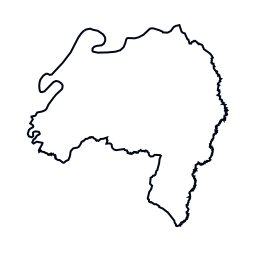 Warin Chamrap, Ubon Ratchathani, Thailand, rotated 354°
{"feature_id": "78962969B43112408779315", "entity_name": "Warin Chamrap", "entity_type": "district", "adm_level": 2, "iso_a3": "THA", "parent_name": "Thailand", "parent_adm1": "Ubon Ratchathani", "projection": "robinson", "projection_center": [104.887, 15.092], "detail": "fine", "context": "isolated", "style": "outline", "palette": "ink", "viewbox_px": 256, "rotation_deg": 354, "n_neighbors": 0, "source": "geoboundaries", "source_scale": "gbopen_adm2", "svg_char_len": 5924}
<svg xmlns="http://www.w3.org/2000/svg" viewBox="0 0 256 256"><g transform="rotate(354 128 128)"><path d="M208.6,163.8L209.2,162.6L208.8,161.9L209.8,160.6L209.6,159.9L209.9,159.4L209.4,158.7L210.3,158.0L209.8,156.2L208.6,156.0L208.9,155.0L208.1,154.9L207.9,156.0L207.3,155.3L207.9,153.9L207.8,152.6L208.6,152.4L209.1,150.3L210.0,149.5L209.9,148.9L210.6,148.2L210.9,148.5L211.9,146.9L212.2,144.1L212.8,144.0L212.8,143.2L214.8,142.7L214.7,141.0L215.4,141.9L216.0,141.6L216.4,139.9L215.4,139.5L215.8,137.9L216.3,137.5L216.2,137.1L215.5,137.2L215.5,135.6L216.2,135.0L216.7,135.5L217.3,134.7L218.4,134.6L218.4,133.9L219.2,132.8L219.9,132.9L220.1,131.5L220.6,131.8L221.2,131.4L221.1,130.7L221.7,130.3L221.6,129.7L222.6,129.4L223.6,129.9L223.9,129.6L224.2,130.2L224.4,129.3L224.8,129.2L225.5,129.7L225.7,128.3L224.7,128.3L225.3,125.8L227.1,125.6L226.9,124.5L227.9,124.6L227.7,123.6L226.8,123.0L226.8,122.3L228.3,121.2L226.3,120.8L226.5,120.3L226.9,120.5L227.5,119.9L228.0,120.4L228.2,120.0L227.0,119.0L227.7,118.4L226.4,118.1L226.7,115.7L227.3,115.1L225.4,114.4L225.6,113.6L224.9,113.7L225.7,113.0L223.9,111.5L224.5,110.3L223.9,109.5L222.3,109.0L223.0,106.1L220.6,104.7L221.8,104.0L222.9,102.0L222.8,100.2L222.0,100.6L221.2,99.8L222.4,95.4L223.1,95.0L221.9,94.0L222.2,93.1L224.7,91.2L224.2,90.2L225.6,88.9L224.8,88.7L224.3,85.1L223.1,85.4L223.3,84.1L221.8,82.5L222.1,81.6L222.5,81.4L222.2,80.8L221.3,80.7L219.5,77.8L219.6,75.9L220.4,75.8L219.7,74.6L219.8,73.0L218.6,72.9L218.6,72.3L217.7,71.7L218.1,71.0L218.1,70.0L218.7,69.2L218.3,67.6L219.7,67.0L218.4,64.0L217.0,62.2L211.7,57.5L211.4,56.0L210.9,55.3L210.9,54.1L210.2,53.0L208.2,52.0L207.3,52.1L207.2,51.4L206.3,51.3L205.4,49.7L203.8,48.3L202.9,48.7L202.4,48.3L201.6,49.0L200.3,49.3L200.0,50.0L199.3,50.2L199.3,50.6L198.0,50.4L197.3,46.4L196.3,45.8L194.4,39.9L192.1,38.7L191.3,37.7L189.9,31.0L186.2,31.5L184.0,32.4L180.7,36.0L177.5,37.3L172.7,36.6L172.4,35.8L169.5,34.1L164.0,31.7L161.8,31.3L160.1,31.6L153.1,36.9L148.1,38.9L144.1,39.5L137.4,38.5L136.5,38.7L135.5,39.7L134.1,43.5L132.0,47.2L128.5,49.8L123.6,50.8L115.5,50.7L105.8,49.9L101.4,48.5L100.7,47.5L101.1,45.2L102.8,43.7L105.3,43.1L110.4,43.0L112.8,41.6L114.4,38.9L114.7,36.9L114.4,34.9L113.1,32.4L108.2,28.2L103.1,26.5L100.9,25.3L96.8,25.6L93.8,27.0L91.1,29.3L87.9,33.0L78.9,46.8L69.9,56.3L57.7,66.9L55.8,67.0L53.5,65.6L51.9,65.6L49.2,67.1L46.1,70.5L45.0,72.8L44.1,76.8L44.1,81.2L44.8,83.0L46.4,83.3L48.8,82.8L58.7,74.5L61.4,73.7L64.0,74.6L66.4,76.7L67.4,78.5L67.0,81.2L66.2,82.6L60.0,87.2L57.3,89.9L51.4,96.3L49.1,100.2L47.7,101.6L44.4,102.6L39.2,103.1L37.2,106.1L33.2,106.5L33.1,107.1L34.0,108.3L34.2,109.5L31.2,113.2L33.8,115.4L34.0,116.6L33.6,117.3L30.8,118.4L29.3,119.6L27.7,123.4L28.6,126.0L31.4,127.2L32.9,126.2L33.0,122.9L33.7,122.1L35.7,121.7L38.9,122.5L39.5,123.7L39.5,124.9L36.5,126.2L34.7,128.6L32.8,129.7L31.3,132.3L32.4,133.6L35.8,132.1L41.4,133.8L41.4,134.5L37.4,140.2L37.0,141.1L37.2,142.5L38.3,141.9L38.2,141.3L38.6,140.9L39.8,142.5L42.5,143.3L43.0,144.1L44.8,144.7L45.9,146.3L46.7,145.8L47.4,146.5L47.9,146.0L48.1,146.5L48.6,146.5L49.0,145.8L49.3,146.4L49.5,146.0L50.7,146.4L50.9,146.1L51.5,147.0L52.5,147.7L52.8,147.5L53.1,148.4L52.3,149.1L52.6,150.5L53.2,150.6L53.0,151.1L55.2,152.6L56.6,152.7L59.9,155.8L61.0,155.7L62.9,154.3L65.4,153.5L67.2,150.2L68.6,145.1L70.7,143.1L71.5,142.5L75.6,142.2L76.9,141.7L78.9,139.5L80.4,136.9L81.7,136.6L82.1,136.0L83.1,135.9L84.7,134.4L86.6,134.5L88.9,133.3L89.3,133.8L90.0,133.7L90.4,133.1L92.2,133.5L92.8,134.6L94.7,135.8L94.8,136.8L95.5,137.4L96.4,137.1L97.3,137.7L99.7,136.0L102.1,136.2L106.1,135.3L105.6,136.2L105.9,136.4L105.9,138.1L106.3,138.3L104.9,141.3L107.5,141.3L109.2,141.8L110.0,142.9L110.0,145.1L110.4,146.1L111.7,147.8L113.7,148.8L122.0,148.5L122.5,149.6L124.7,150.3L124.9,151.8L125.3,151.9L125.2,152.9L127.4,153.8L127.8,153.1L129.0,154.2L129.8,153.2L130.4,153.5L131.4,153.0L131.5,152.4L133.6,152.8L133.6,153.4L134.7,153.7L135.5,153.5L136.2,152.0L137.4,151.9L138.4,151.2L139.5,152.6L140.8,152.3L142.3,153.1L142.6,152.4L143.4,152.2L144.8,153.2L144.8,153.8L145.9,154.8L146.1,157.1L147.4,158.7L149.9,158.8L151.7,157.5L156.9,158.3L157.8,159.0L156.2,162.1L155.2,166.5L152.8,172.8L151.7,173.7L150.3,177.4L148.8,178.2L148.0,178.0L147.0,179.1L145.3,179.9L144.1,185.8L145.9,187.9L144.8,191.0L142.4,193.9L140.3,200.1L140.5,200.9L141.3,201.3L141.2,203.3L142.4,204.3L143.1,204.0L146.2,206.5L148.0,206.7L150.9,209.0L150.8,209.9L154.1,211.7L159.0,216.4L164.3,224.9L164.6,227.2L165.6,228.9L165.5,230.1L166.3,230.7L168.6,230.4L169.2,229.6L169.8,230.2L169.9,229.7L170.7,229.4L170.4,229.1L171.0,227.6L172.0,227.3L172.5,227.9L173.5,227.4L173.6,226.7L174.2,226.7L174.3,226.2L175.0,226.4L175.8,225.1L176.9,224.8L176.7,224.3L177.5,223.7L177.2,223.3L177.7,223.1L177.6,222.2L178.1,222.2L178.0,221.6L178.8,221.2L178.9,220.6L178.0,219.7L178.6,219.4L177.7,218.9L177.4,217.8L178.7,217.0L179.7,215.0L178.2,212.6L178.1,210.7L179.0,210.2L179.4,210.5L179.9,208.7L180.4,208.3L180.5,206.8L181.2,206.2L181.6,205.1L182.2,204.9L182.6,203.4L182.3,203.0L181.6,202.9L182.7,202.4L182.7,199.9L182.2,199.5L182.4,198.5L184.2,196.9L185.6,196.9L185.2,195.9L186.4,194.9L187.1,194.6L187.3,195.3L187.7,194.8L187.6,193.2L188.4,193.4L188.5,192.9L188.2,192.9L188.0,192.5L189.2,191.8L188.5,190.6L189.4,189.3L189.1,188.8L189.5,188.3L189.3,187.6L189.9,187.4L189.5,185.8L188.9,186.0L188.5,185.1L188.3,183.8L188.9,183.6L189.0,183.1L188.1,183.3L188.0,182.8L187.4,182.3L187.2,180.7L188.7,179.6L188.6,178.3L189.4,177.7L189.3,176.9L189.8,177.1L190.1,178.2L190.7,177.7L190.6,176.9L191.4,177.1L191.1,176.2L191.6,175.7L190.7,175.5L190.7,174.8L191.2,174.2L191.4,171.9L193.6,171.0L194.4,169.6L195.2,170.2L195.5,171.2L196.3,171.3L196.3,172.1L197.2,172.2L198.2,172.0L197.9,171.3L199.2,171.5L199.9,170.9L200.4,171.0L200.2,170.4L200.9,169.5L202.7,170.1L203.3,169.7L203.2,169.0L204.8,169.3L205.7,169.0L206.7,168.2L205.9,166.7L207.7,165.1L208.0,163.9L208.6,163.8Z" fill="none" stroke="#020617" stroke-width="2"/></g></svg>